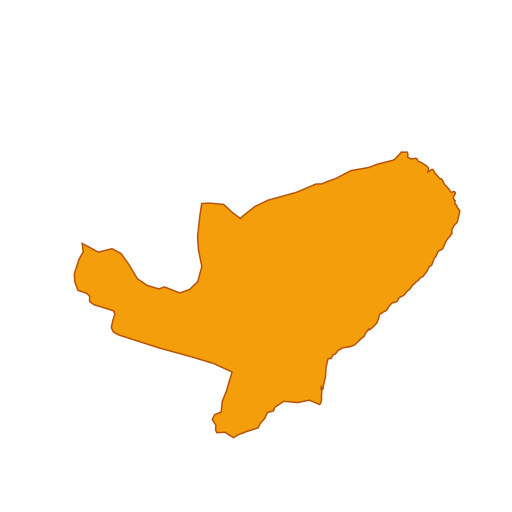 outline of Ocean, Sud, Cameroon, rotated 213°
{"feature_id": "32672807B78470526928215", "entity_name": "Ocean", "entity_type": "district", "adm_level": 2, "iso_a3": "CMR", "parent_name": "Cameroon", "parent_adm1": "Sud", "projection": "mercator", "projection_center": [10.17, 2.882], "detail": "fine", "context": "isolated", "style": "filled", "palette": "amber", "viewbox_px": 512, "rotation_deg": 213, "n_neighbors": 0, "source": "geoboundaries", "source_scale": "gbopen_adm2", "svg_char_len": 2851}
<svg xmlns="http://www.w3.org/2000/svg" viewBox="0 0 512 512"><g transform="rotate(213 256 256)"><path d="M204.2,100.6L203.7,95.1L197.4,92.2L195.2,88.1L192.6,86.5L186.0,91.3L176.0,91.3L173.6,96.3L172.4,97.9L168.2,103.7L160.7,112.9L161.2,118.2L160.2,124.4L161.2,131.0L157.0,135.5L157.7,139.6L153.6,149.2L141.2,155.8L140.5,156.5L132.9,164.1L123.6,165.8L121.9,166.0L121.5,167.4L122.8,171.4L124.5,173.5L126.4,177.2L127.5,178.8L129.2,180.1L130.0,181.8L127.6,180.6L127.4,181.2L128.6,183.3L132.0,192.6L136.7,200.9L138.2,205.1L139.5,208.8L139.3,209.9L138.2,210.1L137.1,211.0L137.5,214.0L137.3,215.5L136.3,216.7L135.8,219.0L135.9,220.5L135.4,222.3L134.7,223.1L133.8,225.4L129.4,229.9L128.5,230.1L125.4,234.3L124.6,236.1L123.7,240.3L123.1,241.4L123.4,243.0L122.5,244.1L122.5,245.4L121.6,247.2L122.1,251.5L121.6,254.7L121.8,256.1L120.8,255.9L120.4,256.1L119.0,261.0L118.2,265.8L119.1,270.1L120.6,274.7L120.3,275.5L119.5,276.2L118.9,278.0L117.4,280.7L116.8,282.6L117.1,286.0L116.4,290.4L113.1,294.5L112.9,295.9L113.4,297.6L112.9,299.7L110.7,303.5L109.9,309.4L109.6,310.1L109.0,311.1L108.7,317.7L108.0,318.9L107.7,321.4L106.6,324.3L106.2,327.4L104.8,329.8L104.3,336.1L104.9,341.3L103.7,344.3L105.4,351.5L104.8,353.6L105.7,358.1L105.6,358.7L105.4,360.3L103.7,362.6L103.4,364.0L104.6,371.3L104.6,375.5L104.0,378.4L104.3,380.4L103.7,381.5L105.2,383.3L106.2,385.6L106.5,389.6L105.8,392.6L105.8,394.6L108.7,402.4L109.7,405.0L110.5,405.1L114.2,406.7L115.1,407.6L117.6,408.3L118.2,408.9L119.1,410.9L120.6,411.0L121.8,412.0L122.6,413.2L122.8,416.8L123.7,417.8L124.9,418.0L126.9,415.8L127.9,415.7L130.1,417.0L131.5,417.4L132.7,417.8L136.8,418.6L141.2,421.2L142.9,421.6L144.2,421.1L145.3,421.4L151.2,423.1L152.3,423.8L154.8,424.8L156.1,423.9L156.9,421.5L157.7,420.2L158.1,422.0L159.5,423.9L162.2,424.5L169.0,424.4L170.7,423.8L171.9,423.9L173.4,424.9L174.5,425.2L175.7,424.6L178.6,421.9L179.9,421.6L181.0,421.8L182.6,421.6L183.2,422.2L183.7,423.7L185.7,425.5L190.1,422.6L190.7,422.3L191.0,419.8L192.3,412.8L193.2,411.0L203.7,399.7L208.5,393.2L209.8,391.5L222.8,379.4L231.7,363.8L232.8,362.4L237.4,356.5L239.9,352.4L245.0,348.9L256.8,331.4L276.5,309.1L277.1,308.0L283.9,296.9L288.8,282.3L289.5,278.9L299.3,279.6L311.3,281.6L323.5,275.2L330.1,270.5L325.2,259.6L315.6,240.4L307.4,229.6L295.7,217.7L290.9,202.8L293.5,191.8L296.7,187.5L299.6,183.6L309.7,181.5L315.9,180.2L317.2,178.5L319.5,175.5L331.0,172.1L343.0,172.3L347.2,174.3L357.9,179.6L370.6,184.6L380.7,183.7L390.3,173.4L408.6,171.9L403.2,165.4L402.6,156.8L398.7,142.2L394.0,135.8L386.7,130.2L377.8,132.5L373.7,131.7L370.8,127.2L365.4,126.9L348.7,131.6L345.3,132.4L342.5,130.0L341.0,124.0L338.3,117.1L334.6,114.8L333.6,114.5L327.9,115.1L287.2,126.1L254.9,136.4L234.5,142.3L232.6,142.8L212.9,145.7L210.5,137.4L207.2,126.6L205.1,115.5L200.2,106.2L204.2,100.6Z" fill="#f59e0b" stroke="#b45309" stroke-width="1.5"/></g></svg>